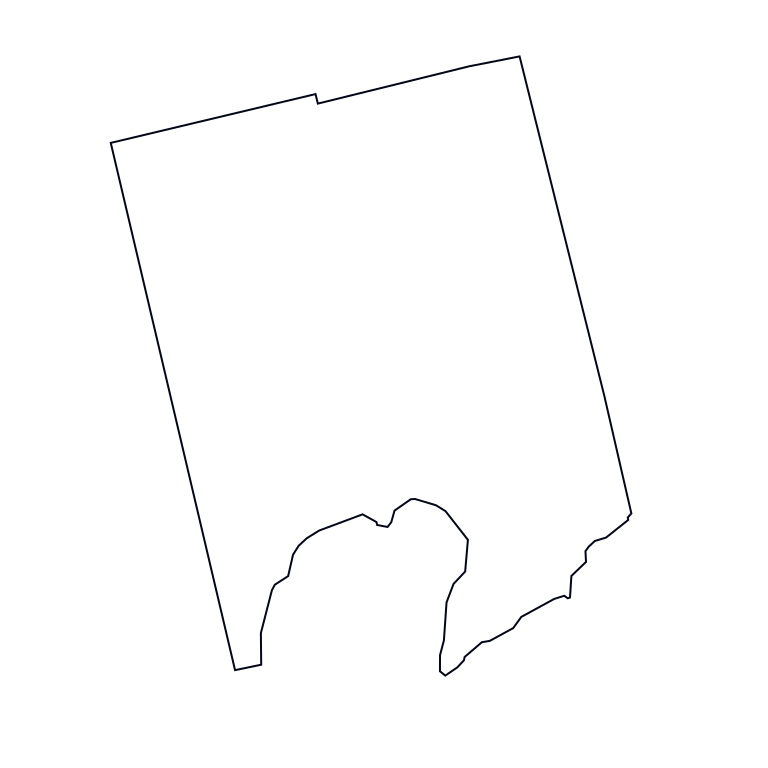 the district of Alpena, Michigan, United States of America, rotated 77°
{"feature_id": "52423323B18778524375348", "entity_name": "Alpena", "entity_type": "district", "adm_level": 2, "iso_a3": "USA", "parent_name": "United States of America", "parent_adm1": "Michigan", "projection": "natural_earth1", "projection_center": [-83.433, 45.032], "detail": "fine", "context": "isolated", "style": "outline", "palette": "ink", "viewbox_px": 768, "rotation_deg": 77, "n_neighbors": 0, "source": "geoboundaries", "source_scale": "gbopen_adm2", "svg_char_len": 830}
<svg xmlns="http://www.w3.org/2000/svg" viewBox="0 0 768 768"><g transform="rotate(77 384 384)"><path d="M95.3,178.2L93.6,229.6L95.9,385.4L86.1,385.5L87.6,595.7L87.6,596.0L629.3,593.5L629.9,566.8L599.0,560.0L559.7,539.6L555.0,535.5L549.6,520.6L529.8,511.0L522.4,503.5L516.9,493.9L512.2,480.1L506.2,434.2L516.8,422.4L519.8,422.4L524.1,412.7L520.3,408.0L509.7,402.2L502.3,383.8L503.0,379.7L513.8,360.7L521.7,352.7L554.7,337.3L585.0,347.1L594.4,361.2L610.9,372.2L647.3,383.3L660.8,390.4L676.5,394.1L681.9,389.9L676.6,376.3L671.2,368.3L668.1,366.8L657.6,346.7L658.1,338.8L650.9,313.0L641.8,302.6L631.7,266.5L630.9,256.0L634.1,253.2L633.9,250.8L613.2,244.6L602.8,227.2L592.2,225.3L588.6,221.2L584.4,213.9L583.6,202.2L571.4,176.6L568.9,176.5L565.8,172.1L445.4,172.0L95.3,178.2Z" fill="none" stroke="#020617" stroke-width="2"/></g></svg>